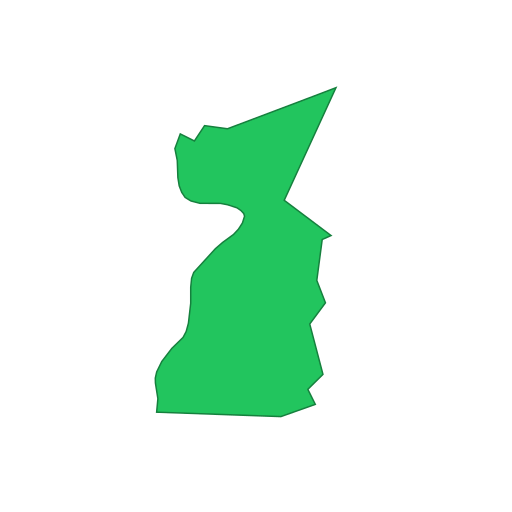 outline of Gallatin, Kentucky, United States of America, rotated 302°
{"feature_id": "52423323B123232647985", "entity_name": "Gallatin", "entity_type": "district", "adm_level": 2, "iso_a3": "USA", "parent_name": "United States of America", "parent_adm1": "Kentucky", "projection": "mercator", "projection_center": [-84.857, 38.761], "detail": "fine", "context": "isolated", "style": "filled", "palette": "green", "viewbox_px": 512, "rotation_deg": 302, "n_neighbors": 0, "source": "geoboundaries", "source_scale": "gbopen_adm2", "svg_char_len": 767}
<svg xmlns="http://www.w3.org/2000/svg" viewBox="0 0 512 512"><g transform="rotate(302 256 256)"><path d="M304.1,130.3L295.3,138.6L281.1,148.2L274.8,153.7L270.6,159.3L268.1,164.9L268.2,171.7L271.0,180.6L281.8,198.0L284.4,204.7L286.8,214.4L286.6,219.1L285.5,223.1L283.7,225.2L276.8,227.0L269.4,226.9L262.3,225.5L249.8,220.5L240.7,217.7L209.1,211.9L203.0,213.2L194.9,217.2L181.3,225.7L163.2,234.3L155.0,236.8L148.3,237.3L133.1,233.6L116.6,232.0L105.1,233.2L99.1,235.3L95.0,238.0L83.0,248.4L70.9,254.5L133.0,362.2L161.6,384.9L170.4,370.6L191.1,375.5L226.8,337.6L253.1,339.7L267.5,320.5L305.1,303.4L313.1,308.8L318.2,250.4L441.1,234.6L418.1,217.2L348.8,164.4L339.3,143.3L320.9,142.8L319.4,127.1L304.1,130.3Z" fill="#22c55e" stroke="#15803d" stroke-width="1.5"/></g></svg>